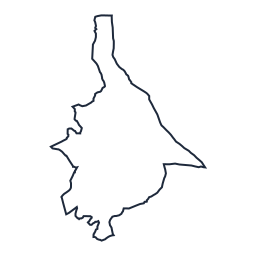 Al Usayrat, Suhaj, Egypt
{"feature_id": "37247803B53334820254906", "entity_name": "Al Usayrat", "entity_type": "district", "adm_level": 2, "iso_a3": "EGY", "parent_name": "Egypt", "parent_adm1": "Suhaj", "projection": "robinson", "projection_center": [31.804, 26.401], "detail": "fine", "context": "isolated", "style": "outline", "palette": "slate", "viewbox_px": 256, "rotation_deg": 0, "n_neighbors": 0, "source": "geoboundaries", "source_scale": "gbopen_adm2", "svg_char_len": 3510}
<svg xmlns="http://www.w3.org/2000/svg" viewBox="0 0 256 256"><path d="M61.4,197.0L61.8,197.7L63.2,203.2L66.2,214.3L68.9,212.9L75.0,208.4L76.8,207.0L77.1,208.2L76.3,210.5L75.5,213.6L75.5,215.9L76.9,217.5L77.7,218.3L78.4,218.3L79.1,219.1L79.9,218.4L81.4,218.4L82.8,217.6L83.6,216.1L84.4,216.1L88.8,216.2L90.3,216.2L91.7,217.1L91.7,217.8L91.0,218.6L90.2,219.4L89.4,220.9L87.9,222.4L88.6,223.2L90.1,224.8L91.6,224.8L92.3,224.1L93.1,223.3L94.6,222.6L95.3,221.8L96.8,221.8L98.3,221.1L99.0,222.7L97.4,226.5L97.4,228.9L95.9,229.6L95.1,231.9L94.4,232.7L94.3,233.5L93.6,234.2L93.5,235.8L93.5,237.0L94.5,236.9L95.7,237.4L97.2,239.0L99.4,239.8L100.1,239.8L101.6,240.6L105.3,239.2L106.1,238.4L108.3,236.9L109.8,236.1L112.0,235.4L113.6,235.2L112.8,233.9L112.1,230.7L111.5,227.6L110.0,225.2L109.4,222.1L110.2,219.8L112.4,216.7L114.7,216.0L116.2,216.0L119.1,215.3L121.4,213.8L122.2,212.2L122.9,211.5L123.7,208.4L124.5,208.4L126.7,208.4L128.9,208.5L132.6,207.0L136.3,205.5L140.1,204.0L143.8,203.3L144.6,201.8L146.0,201.8L146.8,201.6L146.8,200.3L147.6,199.5L148.3,198.7L149.1,197.2L151.3,196.5L153.6,195.0L155.1,194.2L157.3,192.7L159.6,189.6L161.9,187.3L162.7,183.5L164.3,178.0L165.1,176.5L165.9,173.4L165.2,169.5L164.5,167.1L163.8,164.2L164.7,164.2L169.2,164.3L175.1,163.6L179.5,164.5L191.4,165.5L195.0,166.4L198.7,167.2L201.0,166.5L203.4,167.2L205.1,167.4L203.5,165.0L201.8,162.3L199.7,160.4L196.6,157.8L194.1,155.2L190.9,152.9L188.8,150.8L184.3,148.1L181.9,145.9L179.5,143.9L176.0,141.6L174.2,139.1L173.1,137.8L170.9,134.8L168.6,132.3L166.4,130.2L163.4,127.1L161.5,125.4L160.2,122.6L157.5,114.9L157.2,114.2L153.8,108.1L152.0,104.4L150.8,102.3L149.2,99.4L149.2,97.9L149.2,96.0L147.6,94.1L147.0,93.5L146.3,92.9L144.0,91.4L139.9,88.9L137.1,87.2L131.3,83.3L131.3,82.2L130.7,81.4L130.0,80.3L129.3,79.6L129.2,79.5L129.1,79.3L128.5,76.9L128.1,75.8L127.2,75.0L126.3,74.4L125.8,73.3L124.7,71.3L123.3,69.8L121.8,69.0L119.3,67.0L116.8,63.7L114.7,59.1L113.3,57.2L112.5,54.9L113.0,51.8L113.7,48.4L113.8,43.9L113.8,41.0L113.1,38.3L112.8,30.4L112.7,27.6L111.9,22.0L111.7,16.7L111.8,15.5L107.9,15.5L103.5,15.4L101.2,15.4L97.5,16.1L95.3,16.8L94.9,18.2L94.4,20.4L94.6,20.8L95.2,22.2L95.7,24.6L96.0,26.0L95.2,27.9L96.3,29.1L95.9,29.4L95.2,30.2L94.5,30.9L94.9,31.7L95.9,33.6L95.9,34.7L95.9,35.5L95.9,37.1L95.0,40.8L94.5,41.6L92.9,44.6L92.9,45.6L92.8,47.2L92.4,54.9L92.2,58.8L95.8,62.8L96.5,63.6L97.9,66.0L100.0,72.2L100.7,73.0L101.5,74.6L102.1,77.7L102.1,78.5L102.8,80.1L103.5,80.9L104.2,82.5L104.9,85.6L104.9,86.4L104.1,87.1L102.6,87.9L101.9,89.4L101.1,91.0L100.3,91.7L97.4,92.4L95.1,94.0L95.1,95.5L93.5,98.6L93.5,99.4L93.5,100.9L92.0,101.7L91.2,102.5L86.0,105.5L82.3,106.2L80.1,105.3L78.6,104.5L72.6,106.7L74.1,108.3L74.8,109.1L74.8,109.9L74.8,111.5L75.5,112.3L75.5,113.0L74.6,118.5L74.6,119.3L75.3,120.1L76.1,120.8L76.8,120.9L78.2,123.2L78.9,124.8L79.6,125.6L81.1,127.2L81.8,128.0L81.0,131.1L80.2,132.6L80.2,133.4L77.3,133.3L76.5,133.3L75.1,131.0L74.4,130.9L71.4,128.5L70.7,128.5L69.2,128.5L67.7,129.3L67.6,133.9L68.4,134.7L68.3,135.5L68.3,136.3L66.8,137.8L66.8,138.6L66.0,139.3L63.0,140.8L61.6,141.6L50.9,146.7L51.8,147.6L52.5,148.4L57.7,149.3L58.4,149.3L59.9,150.1L62.1,151.7L62.8,152.5L64.2,154.1L65.7,155.7L66.4,155.7L69.3,160.5L72.9,166.0L73.0,166.8L73.6,166.8L74.3,166.8L75.8,167.6L77.1,167.3L75.7,169.9L75.0,170.7L74.9,172.3L74.2,172.3L72.6,176.1L70.3,180.7L71.0,183.1L71.0,185.4L71.0,186.2L70.9,187.8L70.1,189.3L69.4,190.1L68.6,190.8L66.4,192.4L64.1,193.9L62.6,195.4L61.4,197.0Z" fill="none" stroke="#1e293b" stroke-width="2"/></svg>